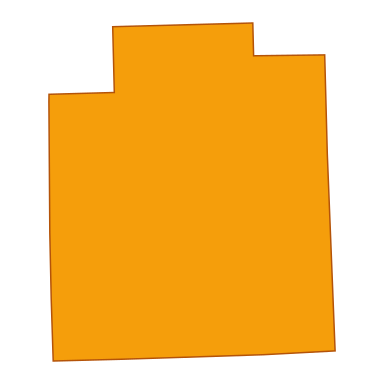 the district of Lapeer, Michigan, United States of America
{"feature_id": "52423323B42723589239297", "entity_name": "Lapeer", "entity_type": "district", "adm_level": 2, "iso_a3": "USA", "parent_name": "United States of America", "parent_adm1": "Michigan", "projection": "natural_earth1", "projection_center": [-83.274, 43.104], "detail": "fine", "context": "isolated", "style": "filled", "palette": "amber", "viewbox_px": 384, "rotation_deg": 0, "n_neighbors": 0, "source": "geoboundaries", "source_scale": "gbopen_adm2", "svg_char_len": 300}
<svg xmlns="http://www.w3.org/2000/svg" viewBox="0 0 384 384"><path d="M53.2,361.0L123.2,359.2L263.5,354.7L335.1,350.9L327.3,153.9L324.7,54.9L253.6,55.8L252.8,23.0L112.7,26.7L114.3,92.5L49.0,94.3L48.9,101.6L49.8,232.6L51.2,298.4L53.2,361.0Z" fill="#f59e0b" stroke="#b45309" stroke-width="1.5"/></svg>